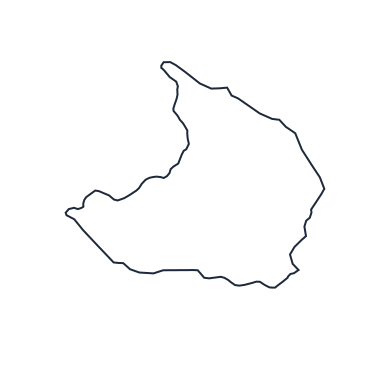 the district of Boganangone, Lobaye, Central African Republic, rotated 148°
{"feature_id": "33826404B50242901211322", "entity_name": "Boganangone", "entity_type": "district", "adm_level": 2, "iso_a3": "CAF", "parent_name": "Central African Republic", "parent_adm1": "Lobaye", "projection": "natural_earth1", "projection_center": [17.185, 4.689], "detail": "fine", "context": "isolated", "style": "outline", "palette": "slate", "viewbox_px": 384, "rotation_deg": 148, "n_neighbors": 0, "source": "geoboundaries", "source_scale": "gbopen_adm2", "svg_char_len": 1701}
<svg xmlns="http://www.w3.org/2000/svg" viewBox="0 0 384 384"><g transform="rotate(148 192 192)"><path d="M310.1,241.4L310.7,238.8L306.3,231.3L304.6,217.5L300.4,196.3L295.8,173.8L292.5,171.2L288.0,168.1L285.5,159.4L279.3,151.6L267.8,143.4L257.9,140.9L232.1,125.0L228.6,122.6L227.9,118.1L227.1,112.8L223.2,109.7L212.5,104.8L210.1,102.2L208.0,98.4L206.7,94.6L204.8,90.2L201.3,87.4L196.4,85.3L189.1,83.0L185.0,81.9L182.0,79.9L179.6,74.6L176.9,70.1L174.2,68.1L172.1,66.9L168.0,67.4L163.0,67.8L160.8,68.1L156.4,68.6L155.5,69.4L152.0,70.3L148.5,69.1L143.0,69.4L144.7,77.7L142.0,87.1L134.2,91.1L124.3,93.3L118.7,94.2L115.0,103.1L110.4,107.1L105.7,107.8L101.6,111.2L100.3,114.0L92.3,117.6L83.4,121.7L78.1,124.6L75.8,136.7L76.0,144.1L76.2,152.3L76.4,169.7L73.3,187.1L77.9,197.6L79.7,207.0L85.3,211.5L92.9,222.7L103.4,247.1L107.3,252.8L106.9,261.9L113.1,265.0L120.9,269.5L127.8,279.8L134.4,298.0L138.5,308.2L141.6,313.7L147.3,317.1L151.1,315.4L152.3,313.4L151.7,312.1L151.1,309.4L150.0,301.3L148.6,298.0L146.9,293.9L148.0,289.1L150.2,286.7L152.7,282.2L156.0,278.9L160.3,275.5L163.6,272.6L164.7,270.5L164.0,266.0L163.8,263.6L164.0,259.8L163.2,255.0L163.2,251.2L163.4,246.6L165.1,244.0L167.3,239.7L169.2,234.4L174.2,231.3L177.2,231.3L180.8,229.2L188.6,223.4L191.7,223.4L194.2,223.4L197.9,222.7L201.2,219.9L204.9,218.7L208.6,218.9L210.7,221.3L214.0,223.9L217.3,225.4L220.6,226.6L224.9,227.0L230.2,225.6L234.8,223.4L238.3,222.7L246.9,222.5L252.7,222.7L259.5,224.2L262.2,227.0L264.1,233.0L268.0,238.5L270.5,242.1L273.3,244.5L277.7,244.2L280.4,244.0L284.5,243.7L287.6,242.3L290.3,239.9L291.9,237.1L294.2,237.1L297.9,238.0L300.4,241.1L305.5,242.8L310.1,241.4Z" fill="none" stroke="#1e293b" stroke-width="2"/></g></svg>